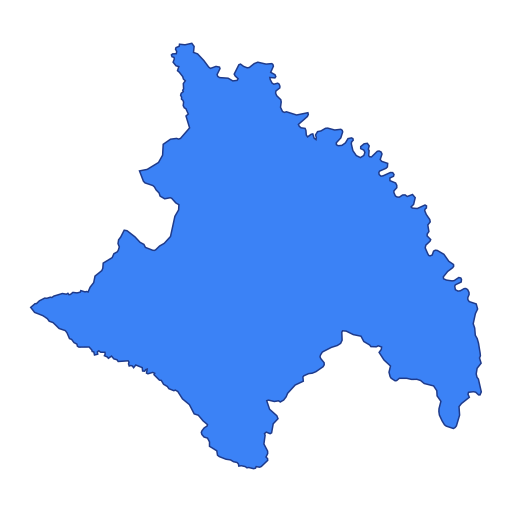 Uberlândia, Minas Gerais, Brazil
{"feature_id": "56859067B26403071497163", "entity_name": "Uberlândia", "entity_type": "district", "adm_level": 2, "iso_a3": "BRA", "parent_name": "Brazil", "parent_adm1": "Minas Gerais", "projection": "albers", "projection_center": [-48.327, -19.004], "detail": "fine", "context": "isolated", "style": "filled", "palette": "blue", "viewbox_px": 512, "rotation_deg": 0, "n_neighbors": 0, "source": "geoboundaries", "source_scale": "gbopen_adm2", "svg_char_len": 5999}
<svg xmlns="http://www.w3.org/2000/svg" viewBox="0 0 512 512"><path d="M179.5,44.2L179.2,46.3L176.0,47.6L175.5,49.2L176.7,51.4L176.3,53.7L172.6,53.9L171.4,54.9L172.0,56.7L174.0,57.4L174.3,59.0L173.1,62.2L176.0,65.8L178.8,66.6L177.5,70.7L179.3,72.2L182.7,76.6L183.4,79.0L185.3,80.8L183.3,83.6L183.6,89.0L182.7,90.2L183.3,91.6L181.2,93.3L180.6,95.3L181.6,97.1L181.5,99.1L182.9,100.3L183.6,102.1L183.2,105.6L184.3,107.8L185.9,108.7L188.3,114.0L186.0,116.0L189.6,127.9L180.5,138.4L178.6,139.1L176.6,138.4L170.5,139.2L163.2,144.3L162.6,155.2L158.5,162.5L147.2,169.4L139.5,170.9L143.4,181.2L145.0,182.9L152.8,185.5L154.4,186.9L156.1,189.9L159.1,193.0L160.1,196.1L164.7,198.8L170.3,197.7L171.8,198.4L175.8,202.9L178.9,204.7L178.6,209.9L174.9,216.3L170.5,236.5L164.3,243.3L159.6,246.0L155.8,249.7L154.6,250.4L152.8,250.3L145.4,247.4L143.9,244.4L140.0,242.3L135.0,236.9L127.0,230.7L124.2,230.2L120.8,236.9L118.6,239.8L118.0,243.6L119.3,246.9L118.2,250.4L117.2,251.9L113.9,253.7L112.2,257.6L103.2,263.1L102.8,268.3L101.8,270.6L95.0,276.1L93.7,282.6L90.1,287.2L88.1,292.0L86.6,291.5L85.0,291.9L80.8,290.6L80.2,292.2L77.0,292.9L72.9,292.4L70.3,294.5L68.9,294.7L67.9,293.3L66.4,294.2L62.4,293.5L53.8,296.1L51.9,297.5L50.3,297.2L46.9,298.3L44.7,298.1L39.4,300.8L36.5,303.6L35.0,303.7L30.7,307.4L34.6,312.4L42.8,315.6L47.4,318.7L49.2,321.2L53.1,322.6L59.1,328.5L65.3,330.6L67.0,332.8L69.5,338.6L71.6,339.4L74.0,342.6L76.9,344.1L77.4,346.2L78.9,347.1L89.1,347.0L91.8,350.0L92.2,351.5L93.8,351.9L94.5,355.0L97.7,354.2L97.4,351.8L98.8,350.8L100.6,352.2L104.9,352.3L105.2,354.1L104.4,355.7L107.3,357.0L108.4,358.3L111.5,356.1L113.9,358.9L116.9,359.7L118.2,361.5L128.1,360.8L129.0,362.2L128.5,363.9L129.2,366.0L130.8,365.5L132.4,366.0L133.6,367.7L135.8,365.0L142.2,367.6L142.6,371.0L144.7,371.2L145.7,369.6L147.2,369.1L146.5,373.1L147.9,373.8L152.7,372.4L154.7,373.3L154.0,374.7L159.4,380.1L161.3,380.4L163.6,384.3L167.4,386.5L168.9,388.7L173.9,390.7L175.3,390.1L177.8,391.5L182.5,398.9L189.4,404.6L194.2,413.9L198.3,415.2L203.1,420.9L207.5,424.6L207.1,426.0L204.2,427.9L202.0,430.7L201.3,432.4L201.9,434.5L204.0,437.0L207.5,438.1L209.5,441.9L209.5,446.3L216.8,450.8L217.5,455.2L219.3,456.6L225.9,459.2L230.5,459.9L233.5,461.7L237.1,462.5L238.4,463.9L238.8,466.1L241.3,465.7L245.3,466.6L246.9,467.8L248.8,467.5L253.6,468.7L255.5,468.2L256.2,466.6L259.6,467.2L261.3,466.5L267.7,460.4L267.6,458.7L266.0,457.0L267.7,453.5L267.6,451.1L263.9,444.0L265.1,435.3L264.5,433.6L266.3,432.1L270.1,433.7L271.6,432.8L273.2,423.8L278.0,418.7L276.8,415.7L269.6,409.3L266.7,400.7L268.4,400.1L274.4,401.5L278.5,400.8L280.3,402.0L281.8,401.1L283.6,400.1L286.1,396.9L287.6,393.3L295.2,385.0L303.3,381.2L302.9,377.0L303.8,375.8L308.7,373.6L312.2,373.2L315.9,371.7L323.1,366.7L324.2,364.8L324.1,362.7L320.7,358.5L320.0,356.8L320.5,355.0L322.3,352.1L324.1,351.1L331.3,347.4L337.3,345.5L340.6,343.4L342.1,340.2L341.8,332.2L342.6,330.8L346.2,331.1L353.3,334.6L361.0,336.2L363.8,341.5L369.7,345.0L370.9,346.6L376.4,346.8L378.2,345.8L381.6,347.0L381.3,349.4L379.1,352.4L384.0,360.0L390.5,366.0L389.0,372.2L390.1,376.6L391.1,378.2L395.1,380.8L396.6,380.6L399.3,378.3L406.7,378.3L411.6,379.4L416.9,379.3L420.6,380.5L424.2,383.5L433.6,385.9L436.8,390.7L437.1,395.9L440.9,401.3L439.0,408.7L438.9,411.6L439.4,415.1L442.0,420.7L444.5,424.8L446.2,426.1L453.4,428.5L455.1,427.5L456.4,425.9L459.6,415.1L459.0,406.6L461.5,403.5L469.3,397.3L468.0,394.2L468.5,392.3L473.5,391.7L475.7,392.2L478.6,394.9L480.0,394.9L481.3,391.9L478.4,379.1L477.0,377.3L476.2,373.9L477.1,368.3L481.1,363.2L479.5,358.0L480.4,355.8L480.1,353.0L478.5,343.2L477.2,338.6L475.3,335.3L474.7,328.1L473.2,323.7L475.4,313.6L477.6,309.0L476.2,303.9L469.2,301.6L467.8,299.5L467.8,297.6L469.1,294.5L469.0,292.4L467.6,289.6L465.8,288.5L464.2,288.6L460.3,290.8L458.0,291.1L455.4,289.7L454.7,286.2L455.4,284.8L461.2,282.0L461.5,279.5L460.8,278.0L458.8,277.5L454.2,280.6L452.1,280.9L446.5,280.1L443.6,278.8L443.3,276.9L447.6,271.5L452.7,267.7L453.7,266.2L453.5,264.5L448.8,261.3L443.9,254.3L437.2,250.4L435.3,250.2L433.6,251.1L432.2,255.0L430.1,255.9L428.7,255.4L427.7,253.6L425.2,247.9L425.8,245.2L430.0,241.2L430.7,239.6L427.1,235.9L427.2,234.0L428.9,231.5L427.8,225.0L430.2,221.9L429.8,219.6L426.3,214.5L424.7,210.7L425.1,209.1L426.4,208.0L426.5,205.9L425.0,205.0L417.3,208.5L412.3,208.1L411.1,206.9L413.6,204.4L415.2,197.7L412.5,194.5L407.2,196.5L405.1,194.9L402.6,195.0L399.3,197.2L397.1,197.0L395.4,196.0L393.9,192.6L393.9,190.9L396.8,187.7L396.8,185.4L395.6,183.0L389.9,180.6L389.9,178.0L393.5,176.3L394.0,174.5L392.7,172.6L390.4,172.5L383.1,175.8L381.0,176.2L379.2,174.6L378.8,172.7L379.6,171.1L386.0,168.3L387.4,166.9L387.7,163.4L381.6,161.3L380.2,159.5L382.0,154.0L381.1,152.0L379.1,151.0L377.3,151.3L371.5,156.9L369.6,156.8L368.7,155.6L369.1,150.6L368.3,149.2L369.2,145.9L367.3,143.3L364.1,143.8L360.7,146.6L360.7,148.6L363.8,150.1L364.9,152.4L363.8,155.5L360.4,157.6L356.3,155.6L352.9,150.7L351.3,143.8L351.6,141.9L353.2,140.2L352.9,138.6L351.5,137.9L348.0,138.6L345.4,142.9L341.9,145.4L338.1,145.7L336.4,144.7L336.3,142.8L340.8,137.9L342.7,131.9L342.2,130.3L340.8,129.3L334.7,130.0L327.7,128.1L325.5,128.3L320.8,131.0L317.6,131.6L315.5,135.0L316.3,137.4L316.0,139.6L314.1,138.1L312.8,133.9L311.1,134.3L307.6,136.9L306.3,135.0L305.9,130.4L305.1,128.4L301.0,127.8L299.2,126.2L298.4,124.4L307.4,116.5L308.3,114.5L307.9,112.7L296.6,115.0L286.5,111.8L284.3,112.4L282.5,111.5L280.5,107.3L281.2,102.0L280.8,99.7L276.7,95.7L275.6,93.1L275.9,91.0L279.8,87.9L279.9,86.2L279.1,84.1L277.7,83.2L273.8,84.2L272.0,83.0L270.2,79.5L269.8,77.5L274.9,77.9L275.8,76.6L275.0,74.7L270.7,72.3L273.4,66.2L272.9,64.5L271.8,63.6L266.1,64.1L257.8,62.2L254.2,63.6L249.3,67.5L247.2,67.8L243.6,66.4L240.5,64.1L238.9,64.7L234.2,74.1L235.2,76.0L238.1,78.7L237.1,80.4L232.8,80.9L228.1,78.2L219.6,77.6L217.7,76.4L217.1,74.5L220.0,68.6L219.5,67.1L216.0,66.4L210.5,68.4L208.7,67.1L203.8,60.5L197.6,53.9L193.5,52.4L194.1,46.4L191.8,43.3L185.0,44.8L179.5,44.2Z" fill="#3b82f6" stroke="#1e3a8a" stroke-width="1.5"/></svg>